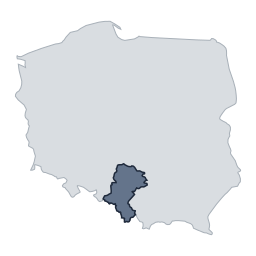 Silesian highlighted on a map of Poland
{"feature_id": "POL-3146", "entity_name": "Silesian", "entity_type": "Voivodeship", "adm_level": 1, "iso_a3": "POL", "parent_name": "Poland", "parent_adm1": "", "projection": "mercator", "projection_center": [18.978, 50.212], "detail": "fine", "context": "in_parent", "style": "filled", "palette": "slate", "viewbox_px": 256, "rotation_deg": 0, "n_neighbors": 0, "source": "natural_earth", "source_scale": "10m", "svg_char_len": 5870}
<svg xmlns="http://www.w3.org/2000/svg" viewBox="0 0 256 256"><path d="M229.3,146.5L230.5,149.0L231.0,150.9L230.5,152.5L230.7,154.0L235.2,160.6L236.9,165.4L237.9,167.3L240.4,169.7L240.6,170.7L239.6,171.6L238.2,172.0L237.8,172.8L239.3,175.1L240.4,178.8L240.3,181.9L239.4,182.7L238.4,184.5L237.6,186.2L231.7,187.3L230.3,189.1L227.1,192.6L224.9,194.5L221.6,198.1L216.5,204.2L209.0,214.4L207.8,216.8L208.0,218.7L209.3,223.2L209.6,225.2L209.4,227.1L209.0,228.8L209.0,229.5L212.2,232.6L212.3,233.3L212.1,234.1L211.4,234.7L208.9,234.0L206.2,232.8L205.3,232.9L203.8,232.6L197.7,230.1L193.5,228.2L193.1,226.9L192.4,225.1L190.6,223.6L186.6,222.2L185.0,221.2L178.4,220.6L175.6,220.6L173.6,221.0L172.3,221.0L170.5,223.7L169.3,224.5L167.5,224.6L166.0,224.1L164.4,222.6L161.8,221.9L160.0,222.2L158.6,221.9L157.5,221.9L157.1,222.2L156.1,222.1L154.8,222.8L153.3,223.8L151.6,224.5L150.4,226.1L149.2,229.2L146.0,227.8L145.0,228.4L143.5,228.8L142.4,228.4L142.7,227.3L143.1,226.1L143.1,224.4L142.8,222.6L141.8,222.0L140.4,221.7L139.6,221.4L139.5,220.8L138.7,220.0L137.4,218.0L136.2,215.5L135.3,214.7L134.1,215.9L132.2,217.3L131.0,217.7L128.7,221.6L124.6,221.7L124.4,219.9L124.0,218.2L121.6,217.7L121.5,216.7L121.0,214.2L116.2,209.1L115.6,207.0L115.8,206.2L115.5,204.9L114.4,204.1L110.6,203.1L109.7,203.7L108.8,203.1L107.4,201.9L105.0,200.9L104.8,200.4L103.9,199.5L103.4,199.4L103.1,199.9L102.4,200.7L99.9,201.6L99.0,201.2L98.1,200.4L97.1,198.7L95.6,197.1L94.4,196.6L93.7,195.7L93.5,195.1L96.2,193.8L96.8,192.5L96.5,190.1L96.1,189.8L95.0,190.6L92.7,191.3L90.6,191.7L89.6,191.7L83.6,187.3L79.8,186.0L77.5,185.6L77.2,186.0L78.3,188.5L80.0,191.5L80.0,192.3L76.6,194.1L75.2,195.1L74.0,196.6L72.9,197.2L72.0,197.1L71.1,196.4L68.6,191.9L65.5,188.5L65.2,187.7L64.2,187.5L62.8,186.8L62.4,185.7L63.1,184.6L64.0,183.6L65.7,183.0L66.2,182.4L66.5,181.5L67.1,180.4L66.9,180.0L65.7,178.7L64.0,177.5L59.1,178.4L57.8,179.0L57.0,178.2L56.5,176.9L55.2,176.7L53.5,175.6L51.5,174.5L49.6,174.1L45.5,172.5L43.9,172.4L43.0,171.9L42.1,170.7L41.3,169.3L40.9,166.6L37.9,165.4L34.9,164.6L34.7,165.0L34.8,167.8L34.6,169.2L32.7,170.1L30.7,170.2L30.8,169.8L33.2,164.8L34.2,161.7L35.4,156.1L34.0,151.6L33.6,149.5L32.9,148.4L28.8,146.2L28.5,145.5L29.1,142.5L28.8,141.2L27.8,139.9L26.5,137.3L26.0,135.0L27.7,132.4L28.8,127.7L29.4,125.9L28.4,124.8L28.1,123.4L28.4,121.3L27.8,119.7L26.4,118.7L25.4,117.3L25.0,115.6L25.3,113.0L26.4,109.4L24.1,105.0L18.2,99.9L15.4,96.3L15.6,94.3L16.8,92.4L19.1,90.8L20.8,87.8L21.7,84.3L21.8,81.1L19.2,70.8L18.8,68.2L18.3,64.2L23.5,66.4L25.6,67.6L25.4,66.2L24.9,65.0L25.2,63.3L25.1,60.6L20.4,59.2L17.3,58.8L16.9,56.9L17.2,55.7L18.1,56.4L21.1,56.7L28.6,53.1L41.5,48.4L55.4,44.0L58.6,43.6L61.8,42.6L63.0,41.0L64.2,39.9L66.1,37.0L70.3,32.4L77.6,30.7L80.4,28.6L86.1,25.5L99.2,22.1L104.7,21.4L110.1,21.3L114.9,24.0L119.9,27.3L120.8,29.3L118.1,28.1L114.1,25.1L112.6,25.0L116.0,34.0L117.9,37.2L121.7,39.6L124.8,40.4L134.5,38.9L138.0,37.0L139.0,36.1L139.9,36.6L152.6,37.6L196.9,39.9L209.6,40.3L210.4,40.1L211.7,38.5L213.3,38.7L215.1,39.7L216.0,40.4L216.4,41.2L216.6,42.1L217.6,42.3L219.5,43.0L222.0,44.6L224.0,46.1L225.9,48.3L226.5,50.8L226.6,53.6L226.5,55.4L229.2,69.1L233.5,81.6L235.1,87.6L235.7,90.8L236.2,95.3L236.4,98.6L236.3,100.4L236.0,102.9L234.7,104.3L226.5,108.5L225.0,109.8L222.5,113.1L220.3,116.4L219.8,117.6L219.6,118.3L220.1,119.4L223.1,121.2L226.0,122.6L227.0,123.7L229.2,125.1L230.0,126.3L230.4,127.4L230.4,129.9L229.4,133.3L229.8,135.9L228.8,137.6L228.0,139.5L227.9,142.8L229.3,146.5Z" fill="#d9dde1" stroke="#a8b0b8" stroke-width="1"/><path d="M135.5,214.6L135.4,214.6L135.2,214.6L135.1,214.8L133.2,217.0L132.7,217.3L131.8,217.3L131.3,217.4L131.0,217.6L130.6,217.9L130.3,218.4L130.0,219.5L130.1,219.8L130.1,220.0L129.7,220.1L129.5,220.8L129.4,221.2L129.2,221.5L128.6,221.8L128.0,221.9L127.8,221.9L127.5,221.8L127.1,221.5L126.9,221.4L126.4,221.5L125.5,222.0L124.9,222.1L124.5,222.0L124.4,221.6L124.5,220.4L124.4,219.9L124.3,219.5L124.3,219.0L124.5,218.4L123.8,218.0L121.6,217.8L121.7,217.2L121.6,216.5L121.3,215.0L121.2,214.7L120.9,214.1L120.8,213.7L120.7,212.5L120.6,212.3L120.2,212.0L119.9,212.1L119.5,212.2L119.2,212.2L118.9,212.1L118.5,211.5L118.2,211.3L117.9,211.2L117.2,211.1L116.9,210.9L116.7,210.7L116.5,209.7L116.0,208.6L115.6,207.5L115.6,206.6L116.2,205.8L115.6,205.5L115.5,205.1L115.5,204.5L115.4,203.9L115.1,203.7L114.2,204.3L113.7,204.3L112.0,203.3L111.1,203.0L110.2,203.1L110.3,203.2L110.3,203.3L109.7,203.8L109.4,203.9L108.9,203.5L108.8,203.3L108.6,202.7L108.3,202.3L107.8,202.2L107.5,202.1L106.8,201.5L106.4,201.3L105.0,201.0L104.7,200.7L104.8,200.0L103.5,199.2L103.2,199.1L103.2,198.5L104.6,195.9L107.4,195.3L108.8,194.3L111.0,193.2L111.2,192.2L111.2,190.4L110.8,185.9L111.1,185.1L111.5,185.0L112.0,184.8L112.1,184.2L111.8,183.5L112.1,182.7L112.8,182.6L116.1,182.6L115.8,181.3L115.1,180.6L114.4,180.0L113.8,179.2L113.3,177.8L113.9,176.4L114.3,174.1L114.9,172.9L116.6,171.7L116.8,170.4L116.5,169.8L116.3,169.0L116.5,168.4L116.8,168.1L117.6,165.3L118.7,164.8L121.9,164.7L122.6,164.3L123.4,163.8L124.1,164.0L124.8,164.7L127.8,166.3L129.3,166.6L131.1,166.6L131.8,165.9L133.4,166.2L134.7,167.4L136.8,170.8L137.6,171.0L139.8,170.9L142.3,172.2L144.2,172.5L144.5,172.7L144.6,173.1L144.6,173.5L144.5,173.8L142.9,174.1L142.1,175.7L142.7,176.4L144.4,176.9L145.2,177.5L145.8,178.9L146.9,180.2L146.0,180.4L144.4,181.7L144.0,182.7L144.8,183.1L146.3,183.3L146.9,183.5L147.1,184.3L147.2,185.0L144.3,186.7L143.6,186.9L142.3,186.8L141.1,186.9L139.1,188.5L138.5,188.6L137.9,188.6L136.7,187.9L136.1,188.8L135.4,190.1L134.5,191.5L133.0,191.3L132.2,191.8L133.4,193.0L134.5,194.5L129.1,200.5L128.6,201.2L128.1,202.3L127.9,203.5L128.3,204.0L128.9,204.1L129.4,204.7L129.5,205.9L130.2,207.1L131.3,207.6L131.8,208.4L132.1,209.5L132.8,210.2L133.7,210.5L135.2,210.8L135.1,211.7L134.7,212.5L134.6,213.2L134.8,213.9L135.4,214.2L135.5,214.6Z" fill="#64748b" stroke="#1e293b" stroke-width="1.5"/></svg>